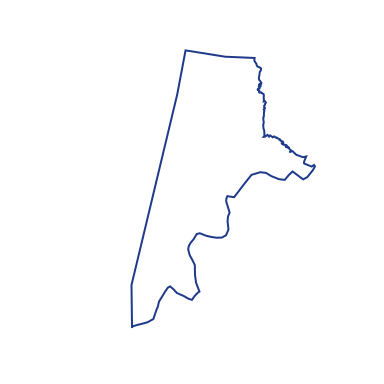 Bachok, Kelantan, Malaysia (Robinson projection), rotated 215°
{"feature_id": "92858781B88613977920895", "entity_name": "Bachok", "entity_type": "district", "adm_level": 2, "iso_a3": "MYS", "parent_name": "Malaysia", "parent_adm1": "Kelantan", "projection": "robinson", "projection_center": [102.347, 6.027], "detail": "fine", "context": "isolated", "style": "outline", "palette": "blue", "viewbox_px": 384, "rotation_deg": 215, "n_neighbors": 0, "source": "geoboundaries", "source_scale": "gbopen_adm2", "svg_char_len": 2877}
<svg xmlns="http://www.w3.org/2000/svg" viewBox="0 0 384 384"><g transform="rotate(215 192 192)"><path d="M106.0,283.6L107.6,284.1L108.5,281.5L116.3,279.7L116.9,279.9L117.5,281.0L118.2,283.7L118.8,286.6L121.2,284.1L128.0,282.3L133.0,283.1L134.1,282.9L134.2,281.7L134.5,281.7L134.7,281.1L134.8,281.1L134.7,282.9L138.0,283.3L138.0,283.9L140.2,284.1L140.3,283.4L140.0,283.4L140.0,283.0L140.5,282.9L140.5,283.3L141.2,283.2L141.3,283.6L141.7,283.6L141.8,284.4L144.5,283.5L144.5,283.1L145.5,283.1L145.5,284.3L145.7,285.0L146.1,285.1L146.0,283.3L146.5,283.4L146.8,285.3L148.6,284.8L148.9,285.2L150.0,284.9L150.2,285.5L153.8,285.1L153.7,284.8L155.3,284.6L155.9,284.6L156.7,284.6L157.2,283.1L160.4,283.2L160.6,281.6L162.8,282.1L162.9,281.5L163.5,281.0L163.6,280.5L163.6,279.9L163.9,279.3L164.3,278.8L165.0,278.3L164.9,279.6L167.5,283.0L167.9,283.5L168.4,284.0L169.3,284.6L169.9,285.1L170.4,285.7L171.0,286.3L171.7,287.3L172.4,288.3L173.1,290.1L174.8,292.0L175.4,292.7L175.7,293.2L176.3,293.7L176.4,294.9L178.6,298.4L178.9,298.8L179.1,299.5L179.3,300.1L179.7,300.3L180.3,300.5L180.6,300.7L180.6,301.5L180.2,302.2L180.6,302.6L180.8,302.5L181.4,302.7L181.4,303.2L181.9,303.5L182.3,303.9L182.2,304.5L182.2,305.1L182.7,305.7L182.8,306.4L182.7,307.5L183.2,307.8L183.8,308.1L184.5,308.2L184.8,308.0L185.2,307.4L185.6,308.4L186.1,309.0L186.8,309.6L187.3,310.3L188.5,312.3L189.3,312.9L189.7,313.4L190.4,313.2L190.8,313.1L191.2,312.9L191.6,313.0L192.0,313.4L192.5,313.3L192.8,313.2L193.1,312.9L193.4,312.3L193.8,312.1L194.5,312.3L194.8,312.8L194.9,313.2L195.2,313.8L195.9,313.9L196.6,313.3L197.0,313.6L197.1,314.4L197.0,314.9L196.7,315.5L196.2,316.0L196.5,316.6L197.0,316.8L197.5,316.8L197.5,317.4L197.2,317.9L196.6,318.2L196.9,318.7L197.7,318.9L198.0,318.6L198.4,318.0L198.7,318.5L198.6,319.3L198.0,319.7L197.4,320.1L197.6,320.8L197.8,321.3L198.7,321.5L199.7,322.0L201.1,322.3L202.2,323.1L202.9,324.4L204.4,327.5L205.3,329.1L205.3,330.5L205.6,331.8L206.3,332.8L207.9,332.9L209.4,332.6L210.2,332.3L211.5,332.8L212.9,334.0L213.8,334.3L215.0,334.7L216.2,335.4L216.8,336.2L217.6,337.7L242.5,321.8L278.5,304.3L260.1,263.5L188.2,81.1L163.2,46.3L163.6,47.9L160.6,51.7L157.5,55.2L153.8,59.7L150.8,65.8L153.5,75.0L154.2,78.4L156.2,83.4L156.5,89.1L156.9,94.8L156.9,99.8L155.8,102.1L151.5,101.7L146.4,100.6L138.9,102.1L133.9,102.5L130.2,103.6L130.2,108.2L129.5,112.8L128.8,114.7L136.6,120.0L141.6,125.4L144.7,129.5L147.7,133.7L152.5,136.4L157.9,139.1L162.3,142.9L163.6,145.9L164.0,149.4L163.6,154.3L164.0,160.4L161.9,162.7L155.2,164.3L149.8,166.5L145.4,168.8L141.3,171.9L139.3,176.1L140.6,182.2L146.0,188.3L148.4,192.5L149.4,196.7L152.8,199.4L158.6,203.9L160.2,206.6L160.6,208.9L154.5,211.9L153.8,229.1L153.1,240.2L147.4,247.4L142.3,250.1L136.2,250.5L128.1,252.4L123.0,255.1L122.4,261.5L121.4,266.5L108.2,266.1L106.1,270.3L105.5,279.5L106.0,283.6Z" fill="none" stroke="#1e3a8a" stroke-width="2"/></g></svg>